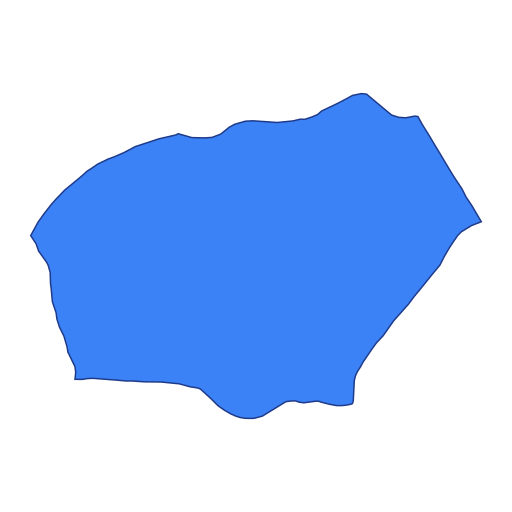 the district of Zacualpa, Quiché, Guatemala
{"feature_id": "79465075B97254104766130", "entity_name": "Zacualpa", "entity_type": "district", "adm_level": 2, "iso_a3": "GTM", "parent_name": "Guatemala", "parent_adm1": "Quiché", "projection": "albers", "projection_center": [-90.884, 15.093], "detail": "fine", "context": "isolated", "style": "filled", "palette": "blue", "viewbox_px": 512, "rotation_deg": 0, "n_neighbors": 0, "source": "geoboundaries", "source_scale": "gbopen_adm2", "svg_char_len": 1764}
<svg xmlns="http://www.w3.org/2000/svg" viewBox="0 0 512 512"><path d="M178.1,133.7L176.1,134.9L159.0,138.8L135.5,146.5L123.7,152.7L114.2,156.8L108.0,159.1L97.7,164.1L91.6,168.3L87.2,171.1L80.7,176.9L64.8,190.0L56.6,198.5L51.4,204.3L43.7,214.2L40.3,219.0L38.2,221.9L36.5,225.0L30.7,235.6L36.1,243.8L38.7,251.2L46.3,261.8L48.1,265.1L50.2,272.5L50.5,283.4L51.2,288.8L52.4,301.8L56.1,312.8L56.9,319.0L59.5,327.2L63.9,336.0L65.0,339.8L67.1,347.0L67.9,352.1L74.9,366.5L75.7,372.2L75.0,379.3L82.5,379.4L87.3,378.6L92.6,378.3L116.3,380.1L126.3,381.0L132.5,381.0L143.9,381.8L161.0,382.0L169.1,382.8L179.2,383.8L190.1,386.8L196.7,387.8L198.8,388.3L200.6,389.2L211.0,398.7L218.1,405.8L224.7,410.4L230.6,413.8L235.5,416.0L240.1,417.5L245.3,418.3L250.4,418.4L254.3,418.3L262.4,416.1L285.8,401.7L291.0,401.0L295.5,400.9L298.9,402.1L303.7,402.8L316.6,401.1L319.1,401.4L321.0,402.1L329.2,404.2L336.6,405.6L342.1,405.6L347.1,405.0L350.9,404.2L352.3,403.7L353.0,402.0L353.3,400.4L354.3,380.5L355.5,375.7L357.5,371.4L360.4,367.0L363.1,362.0L370.5,351.2L372.4,348.4L374.5,345.5L376.5,342.8L383.1,335.8L393.5,321.0L408.4,304.2L414.0,296.7L420.8,288.5L432.0,274.6L439.9,265.1L444.7,255.7L447.5,251.0L449.5,247.6L452.7,242.8L454.2,240.5L455.6,238.6L457.5,235.7L461.2,231.9L471.4,225.6L481.3,221.7L471.7,205.4L466.1,197.1L462.0,188.9L453.8,176.6L447.8,166.7L439.3,152.4L435.2,145.7L428.6,134.6L422.5,124.9L417.9,116.5L414.9,116.1L405.6,117.8L398.6,117.3L391.8,115.1L389.8,113.6L366.5,94.1L361.3,93.6L352.6,95.4L338.4,103.0L321.6,111.0L317.7,114.5L312.4,116.8L304.9,119.3L300.2,119.2L293.1,120.9L277.2,122.5L252.9,120.8L245.4,121.2L234.6,124.3L229.0,127.4L221.5,133.5L220.3,134.3L212.0,137.4L204.8,137.9L191.9,137.6L178.1,133.7Z" fill="#3b82f6" stroke="#1e3a8a" stroke-width="1.5"/></svg>